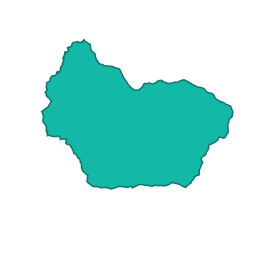 Sinaia, Prahova, Romania (Natural Earth projection), rotated 25°
{"feature_id": "2599482B70025461021412", "entity_name": "Sinaia", "entity_type": "district", "adm_level": 2, "iso_a3": "ROU", "parent_name": "Romania", "parent_adm1": "Prahova", "projection": "natural_earth1", "projection_center": [25.544, 45.343], "detail": "fine", "context": "isolated", "style": "filled", "palette": "teal", "viewbox_px": 256, "rotation_deg": 25, "n_neighbors": 0, "source": "geoboundaries", "source_scale": "gbopen_adm2", "svg_char_len": 5648}
<svg xmlns="http://www.w3.org/2000/svg" viewBox="0 0 256 256"><g transform="rotate(25 128 128)"><path d="M205.7,157.2L205.6,156.5L205.8,156.0L205.8,155.8L206.5,154.7L206.6,154.2L207.0,153.6L207.3,152.5L207.8,152.0L207.9,151.6L208.4,151.0L208.1,149.4L208.3,148.5L209.0,147.0L209.0,144.5L209.9,142.5L210.3,142.1L211.5,141.4L212.0,140.9L212.1,140.4L212.2,140.2L211.7,138.8L210.6,136.5L210.4,136.0L210.3,132.1L209.9,131.4L210.1,130.5L210.3,127.8L209.6,127.0L208.1,126.2L207.2,124.1L207.2,123.5L207.4,122.8L209.1,120.7L209.6,118.8L209.3,117.8L209.3,116.6L209.7,113.2L209.3,111.4L208.9,110.4L208.3,109.4L208.3,108.9L208.5,108.6L209.8,108.0L210.4,107.1L211.4,106.1L211.7,105.4L213.5,103.1L213.7,102.1L214.3,101.1L214.5,100.6L214.3,98.0L214.5,97.7L215.4,97.2L217.7,97.0L218.6,96.8L219.4,96.3L219.8,95.9L220.1,95.1L220.1,93.6L220.0,92.8L220.2,91.7L220.7,90.3L220.4,89.0L219.4,87.5L218.6,85.7L217.6,83.9L216.7,82.1L216.9,80.7L216.5,80.0L216.1,77.1L216.4,76.2L217.3,74.6L217.4,73.7L217.4,72.9L217.1,72.3L217.1,71.8L216.6,70.3L215.8,68.5L214.5,67.6L214.0,67.1L213.0,66.3L212.5,65.5L211.9,64.9L211.6,64.8L210.6,65.0L208.1,64.9L207.2,65.2L206.2,65.1L204.3,64.6L201.2,64.8L198.4,64.9L197.5,64.7L197.1,64.8L195.1,64.4L193.8,63.7L192.4,62.2L190.0,61.4L188.2,61.4L185.6,62.1L185.1,62.1L182.9,61.7L180.7,60.5L179.8,60.2L176.2,60.6L174.2,61.4L173.6,61.4L171.7,61.3L170.2,61.4L168.4,61.3L161.4,60.6L158.4,60.7L157.3,61.4L156.6,62.1L155.9,63.0L154.9,63.7L154.3,64.8L153.9,65.3L152.5,66.1L151.7,66.2L151.5,66.4L150.6,67.0L149.2,68.4L148.2,69.2L147.1,69.7L146.4,70.3L145.1,70.7L142.8,70.8L140.4,71.4L140.1,71.4L139.9,70.9L139.3,70.7L138.0,70.8L137.5,71.0L136.1,72.0L135.3,72.8L135.0,73.2L134.7,74.0L134.3,74.4L134.1,75.2L131.7,77.7L130.5,78.2L129.1,78.0L128.5,78.1L127.9,78.5L126.1,80.0L124.4,80.5L124.1,80.9L123.7,81.7L123.7,82.9L123.9,83.5L123.9,84.2L123.7,84.5L121.8,88.9L119.6,90.3L118.1,90.8L116.8,90.7L113.4,90.0L109.9,88.5L108.1,87.3L102.8,84.3L96.0,78.5L95.6,78.5L94.4,78.0L93.2,78.5L91.3,78.9L90.1,78.8L89.3,79.0L88.4,78.7L87.2,78.8L86.2,79.3L85.8,79.8L85.5,79.9L85.2,80.0L84.7,79.8L84.1,80.4L82.5,80.7L80.5,81.5L79.3,81.5L78.1,81.2L75.7,81.9L75.0,81.9L74.6,81.7L73.9,81.5L73.8,81.2L72.1,80.6L71.7,80.3L71.7,80.1L71.8,80.0L70.5,79.4L68.8,77.7L67.0,75.2L66.8,74.7L65.9,74.6L65.0,74.3L64.4,74.0L62.2,73.4L61.1,72.4L60.4,71.6L59.5,69.9L59.5,69.5L59.0,69.3L58.5,68.9L58.2,68.1L56.4,68.1L52.8,67.6L52.3,67.6L50.7,66.7L50.5,68.1L50.1,68.4L50.2,68.6L50.6,68.8L49.9,69.7L49.3,69.8L49.2,70.0L49.3,70.3L49.2,70.4L47.8,71.3L47.5,71.4L46.9,70.8L46.0,71.3L45.2,71.2L45.1,71.3L45.3,71.7L44.3,72.5L42.4,73.5L41.8,74.7L41.7,75.2L41.8,75.6L42.1,76.1L42.0,76.7L42.2,77.2L41.9,78.3L41.4,79.0L40.8,79.1L40.5,79.4L39.9,80.3L39.2,80.7L39.3,81.0L40.4,81.5L40.5,82.2L41.2,82.6L41.4,83.1L41.3,83.7L40.9,84.4L39.9,85.1L39.6,85.5L38.8,85.6L38.7,86.3L38.9,86.5L39.2,86.4L39.7,86.4L40.0,86.6L40.2,87.1L40.0,87.4L39.4,87.6L39.5,88.4L39.5,89.4L39.6,90.4L39.5,91.1L39.7,91.5L40.3,91.5L40.5,91.8L39.8,92.0L39.5,92.3L39.8,92.7L40.6,93.1L41.2,93.9L41.1,94.4L41.4,95.1L41.1,95.8L41.4,96.1L41.3,96.5L41.3,97.0L41.9,98.3L42.2,99.1L41.5,99.6L41.4,100.4L41.5,100.6L41.3,101.1L41.5,101.6L42.3,102.7L42.2,103.0L41.8,102.9L41.8,103.3L42.4,104.5L42.2,105.0L42.3,105.5L42.4,106.4L42.2,106.6L41.7,106.7L41.0,106.5L40.7,106.7L40.1,106.7L40.1,106.9L40.2,107.1L40.0,107.4L39.8,107.9L40.3,108.3L40.6,109.0L40.4,109.3L40.2,110.2L40.0,110.5L40.0,111.0L39.0,112.0L38.1,112.3L37.2,112.9L36.7,114.7L36.7,115.1L36.9,115.5L36.5,116.0L37.1,117.4L37.2,118.2L36.6,119.7L35.4,120.8L35.3,121.2L35.4,122.2L36.1,123.5L36.4,124.4L36.5,125.1L36.7,125.6L37.4,126.5L37.7,126.6L38.2,126.6L38.4,127.0L38.2,127.6L38.5,128.6L38.1,129.7L37.9,130.8L38.9,131.2L39.6,131.7L40.0,132.2L40.2,133.1L41.7,133.6L42.0,133.9L42.6,133.9L42.6,134.1L43.6,134.2L44.6,134.7L45.4,135.4L46.2,135.7L46.8,136.3L47.3,136.4L47.0,136.7L47.3,137.5L47.0,138.2L47.0,139.2L46.7,139.8L46.8,141.2L47.1,141.6L47.0,141.9L42.8,149.7L43.9,150.2L44.7,151.1L45.1,151.8L46.0,152.4L46.8,153.6L47.4,156.5L48.2,158.1L48.8,158.6L51.0,159.6L53.1,161.1L53.4,161.3L53.5,161.6L53.8,161.6L54.4,162.9L54.4,163.4L54.7,163.8L54.7,164.7L55.0,165.2L55.6,165.3L56.5,164.8L56.5,166.9L57.8,167.8L58.2,169.0L59.5,168.1L60.2,167.7L60.7,167.7L61.7,167.8L63.1,167.6L65.7,166.5L66.7,166.0L67.4,164.9L67.6,164.8L68.5,164.8L69.9,165.2L71.1,165.9L71.6,166.6L71.6,166.8L72.0,166.4L72.3,166.1L75.0,165.0L76.6,164.0L77.0,164.0L77.3,164.6L77.5,166.6L77.7,167.1L78.1,167.4L78.0,167.9L78.3,168.2L79.8,168.5L81.4,168.0L83.4,168.2L84.1,169.2L85.7,169.9L86.9,171.2L87.7,170.9L88.3,172.3L89.1,173.3L89.9,174.0L90.2,174.1L90.7,173.7L91.3,173.7L91.7,173.5L92.9,174.5L94.6,175.5L95.2,176.3L96.1,176.3L97.5,176.8L98.8,178.2L99.1,179.1L100.3,179.7L101.1,180.3L101.4,180.7L101.5,181.4L101.9,182.3L102.5,183.2L103.7,184.7L105.4,186.2L106.5,186.5L109.4,187.6L111.7,187.8L111.7,188.9L112.7,191.4L113.4,192.8L113.5,193.9L115.6,194.8L116.9,194.9L120.8,195.8L123.2,195.0L125.0,194.1L127.0,193.5L128.5,193.8L132.4,191.5L133.4,191.4L135.8,190.6L137.3,190.5L138.0,190.6L140.4,188.8L141.2,187.9L142.2,187.1L143.0,186.1L144.4,184.8L144.8,184.6L147.2,183.8L148.0,183.3L152.1,182.2L153.6,181.2L154.7,180.1L155.4,179.6L155.8,179.6L157.2,180.4L159.0,178.3L159.6,177.3L160.1,176.9L160.5,176.2L161.2,175.6L161.4,174.9L161.6,174.7L165.2,173.1L167.8,172.7L170.9,171.2L171.3,171.1L172.4,171.3L173.0,171.2L175.5,169.8L176.4,168.6L176.7,168.4L178.8,168.0L179.2,167.7L179.6,167.3L180.6,167.1L182.2,166.1L185.4,165.1L187.8,163.3L188.4,162.4L189.2,161.8L189.5,161.3L189.7,160.1L190.9,159.2L192.9,158.3L198.5,157.3L199.4,157.3L201.2,157.6L202.1,157.7L204.8,157.5L205.7,157.2Z" fill="#14b8a6" stroke="#0f766e" stroke-width="1.5"/></g></svg>